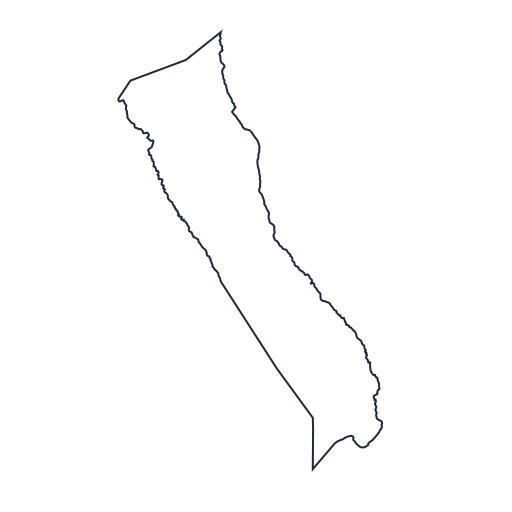 outline of Boquerón, Chiriquí, Panama, rotated 156°
{"feature_id": "35544464B36404447942008", "entity_name": "Boquerón", "entity_type": "district", "adm_level": 2, "iso_a3": "PAN", "parent_name": "Panama", "parent_adm1": "Chiriquí", "projection": "albers", "projection_center": [-82.58, 8.629], "detail": "fine", "context": "isolated", "style": "outline", "palette": "slate", "viewbox_px": 512, "rotation_deg": 156, "n_neighbors": 0, "source": "geoboundaries", "source_scale": "gbopen_adm2", "svg_char_len": 6077}
<svg xmlns="http://www.w3.org/2000/svg" viewBox="0 0 512 512"><g transform="rotate(156 256 256)"><path d="M299.4,467.3L317.2,456.0L318.0,455.1L318.4,454.1L318.1,453.1L317.7,452.5L314.4,452.5L313.9,452.3L313.7,451.9L314.0,450.0L313.2,446.3L314.9,443.7L315.2,442.1L315.0,441.1L315.9,438.7L316.2,437.0L317.2,434.4L315.6,428.5L315.1,427.8L313.5,426.1L313.5,425.6L314.2,424.3L314.2,422.7L314.0,422.3L312.7,421.2L311.6,419.7L311.1,419.4L310.1,419.2L309.6,418.6L308.7,416.1L309.1,414.5L308.9,414.0L308.0,413.5L305.4,413.0L304.9,412.4L304.5,410.9L304.8,409.9L305.3,409.3L306.9,408.8L307.2,408.1L306.1,406.2L305.6,404.4L304.9,403.9L303.3,403.6L303.0,403.0L303.4,401.8L304.8,400.4L306.6,398.2L308.2,397.6L310.7,397.2L311.3,396.9L311.5,396.4L311.6,393.2L312.4,392.2L312.2,391.6L311.3,391.0L311.0,390.3L311.1,389.7L311.8,387.6L311.6,386.3L311.4,385.8L311.9,385.3L311.9,384.9L311.4,384.2L311.3,383.4L312.0,381.8L312.3,380.6L313.2,379.6L311.9,378.1L312.1,377.1L312.1,375.2L312.5,374.4L312.1,373.9L311.2,373.6L310.8,372.8L311.4,371.2L312.9,370.3L312.2,368.9L312.9,367.9L313.6,365.8L313.3,365.5L312.1,365.3L310.5,363.9L311.0,362.7L312.5,361.2L313.1,359.9L313.1,359.3L312.9,358.8L311.7,358.1L311.6,357.8L312.1,356.9L313.2,356.0L313.2,355.4L312.2,353.9L313.3,352.9L313.6,351.8L312.4,349.8L311.9,348.4L312.0,347.3L312.8,344.9L312.9,343.7L312.8,343.0L312.2,342.2L311.9,340.7L310.8,339.5L310.8,336.1L310.7,335.0L310.2,334.3L310.3,333.8L310.7,333.6L310.7,332.9L310.0,331.1L310.2,330.5L310.1,330.0L309.3,329.1L309.9,327.7L309.4,325.4L309.7,325.0L310.6,324.9L310.5,324.2L310.1,323.3L308.5,322.5L308.0,322.0L308.1,321.5L309.3,320.4L309.3,319.7L308.7,319.0L307.2,318.7L307.7,317.3L307.1,316.9L306.4,315.9L306.3,314.5L305.8,313.1L306.1,311.3L305.5,309.8L305.5,308.9L306.6,307.9L306.9,305.8L305.2,303.8L305.4,301.7L305.2,300.0L305.4,298.7L304.4,297.9L302.1,294.7L302.2,293.7L302.7,292.7L302.7,291.9L302.2,290.9L301.6,286.8L300.8,284.4L299.5,281.9L299.8,280.4L299.5,279.3L300.3,277.9L300.4,276.4L300.2,276.0L298.9,274.6L299.2,272.9L298.7,271.6L299.3,270.7L299.1,269.1L299.4,268.2L299.3,265.8L300.0,264.1L299.4,262.4L299.4,260.9L299.0,260.4L299.0,259.7L298.2,258.6L297.7,256.4L297.4,255.8L298.2,253.4L298.2,252.4L297.8,250.7L298.4,248.0L298.4,246.3L282.7,144.5L269.9,85.1L274.5,74.1L290.8,38.2L260.4,52.7L257.9,53.3L255.8,53.5L254.0,53.5L251.2,53.2L248.4,53.8L246.8,53.8L244.8,53.6L242.0,52.9L240.9,51.6L240.8,50.6L241.8,48.9L241.9,48.3L241.2,46.6L240.8,43.9L238.7,39.4L238.3,38.9L236.6,37.8L234.8,37.2L233.2,37.2L231.6,37.6L230.8,37.5L230.4,37.8L229.5,39.2L229.1,39.5L224.3,40.5L223.3,40.9L222.7,41.3L221.5,41.7L218.8,43.1L217.4,43.6L216.4,44.4L215.1,45.0L213.4,46.6L212.1,47.0L211.6,47.7L210.9,48.2L210.1,49.6L209.9,50.8L209.0,51.6L208.4,53.3L208.7,54.0L211.2,57.3L211.6,58.2L211.7,58.8L211.2,59.9L211.3,60.6L210.8,62.2L209.7,63.3L209.4,67.1L208.3,68.1L207.3,69.5L207.6,70.6L207.5,72.6L206.6,73.2L206.4,73.8L205.4,74.7L205.3,75.9L206.0,75.8L206.3,76.1L206.0,77.0L205.9,79.2L205.5,80.0L205.1,80.3L201.3,80.6L200.9,81.2L200.7,82.2L200.2,82.5L199.7,83.4L199.1,83.9L197.8,84.1L197.4,84.3L197.0,85.2L196.7,86.7L196.0,88.0L195.5,89.5L195.4,92.9L195.1,93.3L195.1,94.4L194.7,95.5L194.8,95.8L195.6,96.3L195.8,97.7L195.7,99.0L197.0,99.3L197.3,99.7L197.9,102.9L197.8,105.1L197.2,107.2L195.9,110.7L195.0,112.1L195.4,112.8L196.6,112.9L196.7,113.1L196.2,115.0L196.8,118.3L196.5,119.1L195.2,120.0L194.8,120.5L195.4,121.9L194.4,122.7L194.4,123.0L195.4,124.2L195.1,124.7L193.9,125.5L194.3,126.8L194.4,127.8L193.6,130.0L193.8,130.8L194.6,131.7L194.7,132.0L194.6,133.0L194.9,133.5L194.4,134.8L194.8,136.5L195.6,137.6L196.9,140.3L196.7,142.3L196.3,144.0L196.4,147.1L197.6,148.9L197.6,149.8L198.0,150.7L198.3,152.0L199.5,152.8L199.7,154.8L200.4,155.8L201.3,156.1L201.5,156.4L201.5,157.4L200.9,158.4L201.4,159.8L201.1,160.7L201.2,161.7L200.9,163.5L201.1,163.8L202.6,164.1L203.4,166.2L203.1,167.4L204.4,168.2L204.4,169.2L205.5,171.5L205.0,172.3L204.9,172.9L206.3,174.6L206.6,175.4L206.9,177.8L207.6,180.2L208.2,183.5L210.3,185.3L211.6,186.9L213.0,187.6L214.2,189.3L214.3,191.0L212.9,194.3L212.5,195.7L213.3,197.3L213.9,199.6L214.0,201.4L214.8,203.9L214.9,204.5L214.3,206.6L214.4,207.3L214.8,208.0L216.3,208.2L217.0,208.5L216.7,209.1L215.2,209.8L214.8,210.9L214.8,211.8L215.8,214.2L215.5,216.3L216.3,218.1L218.5,218.6L218.9,218.9L219.0,220.8L219.4,221.9L219.7,222.7L221.0,224.3L222.0,226.2L222.0,227.8L222.2,229.2L223.4,230.2L224.1,231.6L224.2,232.4L223.6,234.7L224.5,236.2L224.5,237.3L223.8,239.2L223.7,239.9L223.9,240.7L224.7,242.1L224.2,242.7L224.2,243.6L225.1,245.3L225.7,249.0L226.5,250.0L228.0,251.0L228.5,251.7L229.0,254.3L229.6,255.0L230.2,256.4L230.3,257.2L230.1,258.3L230.7,260.8L231.0,261.4L232.0,262.5L232.2,263.6L231.9,265.5L232.1,265.7L232.1,266.1L231.8,267.4L231.0,268.5L229.6,269.6L228.2,273.6L227.2,275.6L227.4,276.9L227.9,278.0L229.8,281.0L229.5,282.1L228.9,285.9L228.3,287.3L226.8,289.6L226.6,290.2L227.1,295.4L226.9,297.2L227.4,299.8L226.6,301.6L226.1,303.6L225.7,308.6L225.9,310.8L226.6,312.5L226.7,313.8L226.0,315.6L224.2,317.5L223.6,318.5L223.4,319.5L221.5,322.8L221.1,325.1L219.9,327.2L219.6,329.3L218.3,333.8L217.8,337.3L216.8,340.6L215.7,343.0L214.0,344.5L212.4,348.0L210.6,349.9L210.0,351.4L208.4,354.3L207.9,357.2L207.7,359.4L207.8,361.5L208.6,364.6L209.4,368.3L209.4,369.5L210.2,372.5L210.5,373.2L213.0,375.4L214.6,376.3L215.0,377.8L215.7,378.7L215.8,381.6L215.6,382.5L216.3,384.1L216.2,385.5L217.1,388.2L217.5,391.5L218.8,395.1L219.2,397.4L214.2,400.3L214.7,402.1L214.2,404.4L214.8,405.1L215.1,406.0L214.5,409.3L215.5,417.7L214.8,419.6L214.8,421.2L214.0,423.5L214.0,424.5L214.4,425.9L214.4,427.0L214.1,428.0L213.3,429.3L213.6,431.0L213.5,432.1L212.6,434.1L212.6,436.0L212.4,436.9L211.8,437.8L211.8,438.7L210.4,440.1L208.3,441.3L207.6,442.2L207.6,443.5L209.1,447.4L208.7,449.5L207.3,453.1L207.3,455.3L206.7,456.1L204.9,457.2L203.6,457.0L202.8,457.8L202.7,459.5L201.8,460.9L201.9,462.2L202.5,463.7L201.5,465.9L201.7,467.5L201.5,467.9L200.5,468.2L199.5,469.6L199.7,471.4L198.5,473.1L197.7,473.6L197.6,474.5L197.3,474.8L240.4,463.6L299.4,467.3Z" fill="none" stroke="#1e293b" stroke-width="2"/></g></svg>